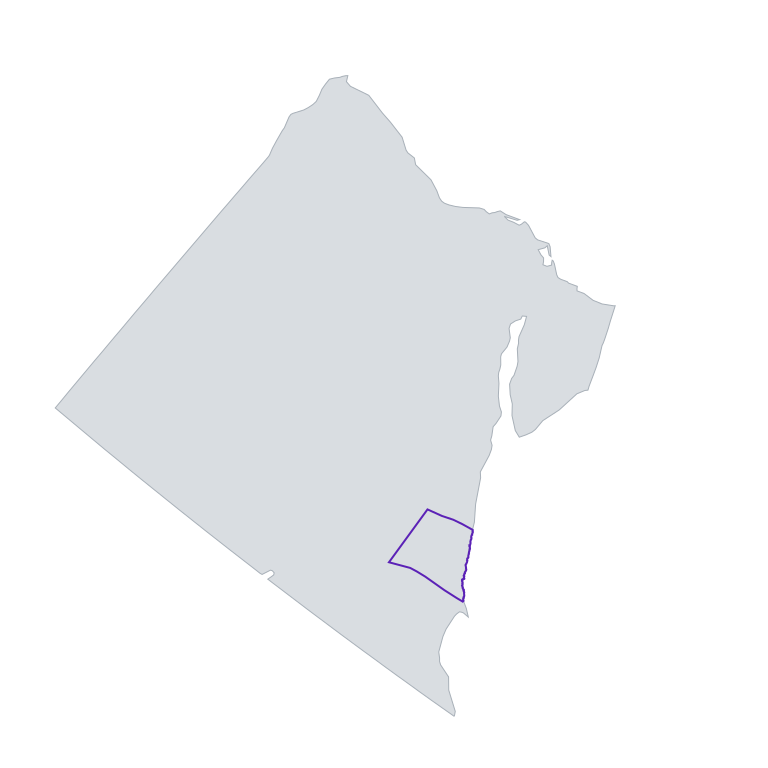 Marsa Alam, Al Bahr al Ahmar, Egypt (highlighted), rotated 36°
{"feature_id": "37247803B19297711577028", "entity_name": "Marsa Alam", "entity_type": "district", "adm_level": 2, "iso_a3": "EGY", "parent_name": "Egypt", "parent_adm1": "Al Bahr al Ahmar", "projection": "orthographic", "projection_center": [35.034, 24.707], "detail": "fine", "context": "in_parent", "style": "outline", "palette": "violet", "viewbox_px": 768, "rotation_deg": 36, "n_neighbors": 0, "source": "geoboundaries", "source_scale": "gbopen_adm2", "svg_char_len": 6923}
<svg xmlns="http://www.w3.org/2000/svg" viewBox="0 0 768 768"><g transform="rotate(36 384 384)"><path d="M635.9,611.6L622.0,611.8L608.0,612.0L594.0,612.1L580.1,612.1L566.1,612.2L552.1,612.2L538.2,612.1L524.2,612.1L510.3,612.0L496.3,611.9L482.3,611.7L468.4,611.5L454.4,611.3L440.5,611.0L426.5,610.7L412.6,610.4L404.7,610.2L406.1,606.2L407.0,603.3L406.1,601.3L403.4,600.7L401.6,601.3L397.3,609.7L395.1,610.0L390.1,609.8L373.9,609.3L357.7,608.8L341.5,608.2L325.3,607.6L309.2,606.9L293.0,606.2L276.8,605.4L260.7,604.6L244.6,603.8L228.4,602.9L212.3,601.9L196.3,601.0L180.2,599.9L164.1,598.8L148.1,597.7L132.1,596.6L132.8,586.3L133.4,576.0L134.1,565.7L134.8,555.5L135.5,545.2L136.2,534.9L137.0,524.6L137.7,514.3L138.4,504.1L139.2,493.8L139.9,483.5L140.6,473.2L141.4,463.0L142.2,452.7L142.9,442.4L143.7,432.1L144.5,421.8L145.3,411.6L146.1,401.3L146.9,391.0L147.7,380.8L148.5,370.5L149.3,360.2L150.1,349.9L150.9,339.7L151.8,329.4L152.6,319.2L153.5,308.9L154.3,298.7L155.2,288.4L156.1,278.2L156.9,267.9L156.8,266.0L155.2,258.9L154.0,249.9L152.8,238.8L152.8,235.3L150.2,223.8L150.2,220.6L151.3,218.5L158.0,209.5L160.2,205.0L162.2,199.7L163.1,195.2L162.0,188.3L160.5,182.0L160.4,175.7L160.7,169.5L164.1,165.5L168.0,161.9L169.6,159.5L171.9,157.0L173.5,155.8L175.9,161.5L181.9,162.9L202.0,159.4L223.4,165.7L235.3,168.4L253.6,173.7L264.4,181.8L267.5,183.0L275.7,183.3L280.7,188.0L302.0,191.2L313.1,196.6L319.4,200.8L323.2,202.2L326.7,202.2L331.4,200.9L337.4,198.4L344.0,194.8L357.7,185.5L362.4,183.9L365.5,184.5L369.2,184.5L370.9,181.9L372.9,180.1L374.2,178.1L376.3,175.6L383.2,175.2L397.1,171.3L395.5,173.3L382.8,177.7L388.1,178.5L393.7,177.0L400.0,176.1L401.2,174.1L402.2,170.3L403.4,169.8L407.7,170.7L420.4,176.9L423.6,177.1L432.8,174.1L434.8,173.5L437.7,175.3L444.2,182.8L441.8,182.6L434.8,176.2L434.1,179.3L429.8,184.7L434.9,187.2L439.0,188.2L441.2,191.3L442.5,194.1L446.7,193.0L449.7,189.3L448.3,187.2L447.3,185.0L448.6,185.0L451.4,186.8L459.5,194.1L462.2,195.6L465.4,195.4L472.1,193.5L474.0,193.9L483.0,191.4L484.0,193.3L485.4,195.2L492.7,193.2L504.0,193.4L513.3,191.1L524.1,185.6L525.0,184.8L525.5,186.1L526.8,190.0L530.0,199.7L532.8,207.4L536.2,218.0L537.3,222.0L537.8,224.8L542.8,236.5L545.9,246.0L548.1,253.8L551.2,265.2L552.6,269.1L550.3,271.2L545.8,278.6L541.0,302.0L534.0,320.3L533.2,331.8L532.0,336.0L528.7,341.8L524.7,347.5L517.6,344.5L506.1,334.3L499.5,324.7L492.4,318.5L485.7,310.3L484.0,304.4L484.1,300.6L481.3,291.4L479.2,287.1L471.2,277.2L468.9,271.9L467.1,269.6L465.4,266.3L462.7,253.6L459.6,245.5L455.9,247.7L456.5,251.1L453.2,255.7L451.1,261.1L452.5,265.5L459.0,272.4L460.3,275.4L461.8,281.8L461.3,290.5L462.4,293.4L467.3,300.0L469.0,303.9L470.0,307.2L471.7,310.2L476.6,315.9L483.7,326.7L490.4,334.0L495.4,337.6L497.4,341.1L497.8,350.1L497.4,354.4L501.7,362.6L503.2,366.7L507.5,370.1L509.4,373.9L511.1,380.1L513.6,398.5L517.3,403.1L528.7,427.3L538.3,442.6L543.0,454.0L550.2,467.9L564.4,498.5L572.9,507.9L576.3,513.1L582.5,517.2L589.2,523.0L582.8,522.5L581.2,522.9L579.0,523.9L577.9,527.4L577.5,530.4L578.3,545.8L580.1,553.7L585.8,568.6L590.0,573.0L592.1,575.9L595.0,578.0L608.4,583.0L616.3,593.6L634.1,607.0L635.9,610.8L635.9,611.6Z" fill="#d9dde1" stroke="#a8b0b8" stroke-width="1"/><path d="M576.5,513.7L576.4,513.7L576.1,513.5L575.9,513.4L575.7,513.1L575.8,513.0L575.7,512.8L575.7,512.7L575.3,512.6L574.8,512.0L574.6,511.7L574.4,511.4L574.3,511.1L574.2,511.0L574.3,510.8L574.4,510.7L574.3,510.4L574.3,510.2L574.1,509.9L574.0,510.0L573.9,510.0L573.7,509.9L573.6,509.7L573.6,509.4L573.8,509.3L573.8,509.1L573.7,508.8L573.5,508.3L573.4,508.1L573.2,508.0L573.1,507.8L572.8,507.4L572.5,507.1L572.2,506.7L571.7,506.2L571.5,505.9L571.5,505.6L571.4,505.5L571.3,505.3L571.1,505.2L570.9,505.2L570.7,505.1L570.6,504.8L570.5,504.7L570.3,504.5L570.1,504.5L569.9,504.5L569.9,504.3L569.8,504.1L569.8,503.9L569.8,503.7L569.7,503.6L569.4,503.4L569.2,503.4L569.2,503.6L568.8,503.6L568.5,503.4L568.4,503.3L568.1,503.2L567.8,503.1L567.7,503.0L567.5,502.8L567.4,502.6L567.4,502.3L567.3,502.2L567.2,502.2L566.7,502.1L566.5,501.9L566.2,501.6L565.8,501.3L565.6,501.2L565.6,500.8L565.6,500.4L565.3,499.9L565.1,499.8L564.9,499.8L564.8,499.7L564.9,499.3L564.8,499.2L564.6,499.2L564.5,498.7L564.4,498.6L564.3,498.4L564.2,498.3L564.1,498.2L563.9,498.1L563.5,498.1L563.4,498.0L563.1,497.7L563.0,497.4L562.8,497.3L562.8,497.2L562.7,497.1L562.3,496.7L562.2,496.6L562.1,496.3L562.1,496.2L562.3,495.9L562.5,495.8L562.7,495.7L562.7,495.4L562.6,495.0L562.6,494.8L562.6,494.7L562.8,494.6L563.0,494.6L563.3,494.6L563.5,494.5L563.5,494.3L563.4,494.2L562.9,493.9L562.6,493.7L562.4,493.4L562.3,493.2L562.2,492.8L562.1,492.6L562.0,492.3L561.9,492.2L561.7,492.1L561.4,492.0L561.4,492.3L561.2,492.3L561.2,492.2L561.3,491.9L561.3,491.7L561.1,491.4L560.9,491.1L560.6,490.8L560.6,490.6L560.7,490.3L560.9,489.9L560.9,489.7L560.7,489.5L560.3,489.3L560.2,489.1L560.1,488.9L560.0,488.7L560.1,488.4L560.2,488.1L560.2,487.9L560.2,487.7L560.1,487.3L560.0,487.0L560.0,486.6L559.9,486.3L559.8,486.0L559.7,485.8L559.6,485.7L559.2,485.5L559.0,485.3L558.9,485.0L558.6,484.8L558.4,484.6L558.3,484.3L558.1,484.1L557.9,484.0L557.7,483.8L557.5,483.6L557.4,483.4L557.0,483.1L556.8,482.9L556.6,482.8L556.5,482.6L556.3,482.4L556.3,482.2L556.2,481.9L556.2,481.4L556.3,481.1L556.3,480.9L556.2,480.8L556.1,480.7L556.0,480.4L556.0,479.8L555.9,479.3L555.7,478.9L555.5,478.5L555.4,478.2L555.2,477.9L555.1,477.7L554.9,477.7L554.9,477.4L554.7,477.3L554.4,477.1L554.0,476.5L553.9,476.2L553.9,475.9L554.0,475.7L554.3,475.3L554.3,475.1L554.3,474.9L554.2,474.7L554.0,474.3L553.8,474.1L553.5,473.9L553.4,473.8L553.2,473.4L553.1,473.2L553.0,472.8L552.9,472.6L552.8,472.4L552.8,472.2L552.6,472.1L552.5,471.9L552.5,471.7L552.4,471.4L552.3,471.1L552.2,471.1L552.1,470.8L551.9,470.7L551.7,470.4L551.6,470.1L551.5,469.8L551.5,469.5L551.4,469.4L551.2,469.2L551.2,468.9L551.1,468.5L550.8,468.0L550.5,467.7L550.4,467.2L550.5,467.0L550.3,466.8L550.2,466.7L549.9,466.5L549.9,466.4L550.0,466.3L549.8,466.1L549.4,465.7L549.1,465.5L549.1,465.2L548.9,465.0L548.6,465.0L548.6,464.9L548.8,464.8L548.7,464.7L548.3,464.5L548.5,464.4L548.4,463.9L548.2,463.6L548.1,463.2L548.0,462.9L547.9,462.7L547.9,462.4L547.7,462.2L547.5,461.9L547.3,461.5L547.1,461.4L546.8,461.0L546.7,460.8L546.5,460.7L546.4,460.4L546.2,459.9L545.9,459.5L546.0,459.2L545.9,459.0L545.8,458.8L545.9,458.5L545.7,458.2L545.7,457.9L545.4,457.3L545.2,457.0L544.8,456.9L544.6,456.7L544.5,456.4L544.4,456.2L544.2,456.0L544.0,455.5L543.9,455.1L543.8,454.8L543.9,454.5L544.0,454.3L543.9,454.2L543.8,454.3L543.7,454.1L543.8,453.9L543.7,453.7L543.4,453.3L543.3,453.1L543.3,452.8L543.2,452.5L543.2,452.1L543.1,451.9L542.9,451.6L542.8,451.4L542.7,451.3L542.6,451.2L542.3,451.2L542.2,451.1L542.1,450.8L542.1,450.7L541.9,450.4L541.8,450.1L541.7,450.0L541.6,449.9L529.9,451.3L519.8,453.1L508.4,456.7L492.9,459.9L492.8,525.3L513.3,517.4L520.6,516.4L530.5,515.6L554.1,515.3L568.9,514.4L576.5,513.7Z" fill="none" stroke="#5b21b6" stroke-width="2"/></g></svg>